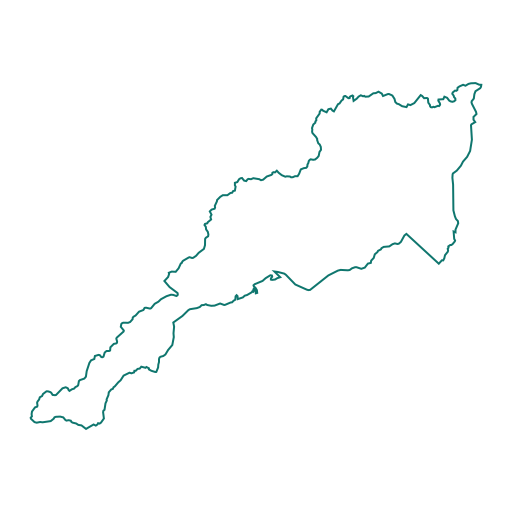 Lugari, Western, Kenya (Mercator projection)
{"feature_id": "3690345B14512896386362", "entity_name": "Lugari", "entity_type": "district", "adm_level": 2, "iso_a3": "KEN", "parent_name": "Kenya", "parent_adm1": "Western", "projection": "mercator", "projection_center": [34.875, 0.621], "detail": "fine", "context": "isolated", "style": "outline", "palette": "teal", "viewbox_px": 512, "rotation_deg": 0, "n_neighbors": 0, "source": "geoboundaries", "source_scale": "gbopen_adm2", "svg_char_len": 5987}
<svg xmlns="http://www.w3.org/2000/svg" viewBox="0 0 512 512"><path d="M481.3,84.8L479.2,84.7L475.6,83.1L470.9,83.3L468.5,83.9L465.5,85.7L463.1,84.8L459.5,86.4L457.6,87.7L457.3,90.1L456.3,90.8L455.0,90.6L452.7,92.5L452.3,93.8L453.7,95.7L454.0,97.0L455.3,98.5L455.4,100.2L454.1,101.3L452.4,101.8L450.6,101.4L449.2,100.6L447.1,97.8L444.4,96.7L443.3,99.2L438.5,99.5L438.3,100.7L439.9,103.3L440.1,104.6L439.7,105.4L439.0,106.1L438.0,105.8L434.5,107.2L433.4,106.8L432.0,107.4L430.7,107.1L430.0,106.0L429.9,104.9L428.3,102.7L427.9,98.6L427.0,98.0L424.1,98.2L422.2,96.0L420.7,95.1L414.3,103.1L410.4,105.1L408.0,104.4L406.5,107.1L402.1,106.2L398.9,104.2L396.9,103.6L395.3,102.0L394.5,98.9L392.4,95.6L391.5,95.1L388.9,94.0L387.8,94.1L383.0,96.0L381.8,93.6L378.5,91.7L375.7,93.1L373.3,93.3L368.7,96.5L365.3,96.7L364.2,95.9L363.1,96.3L360.8,95.3L358.6,96.6L356.7,98.7L353.6,100.9L353.0,97.4L353.3,96.2L352.5,95.5L350.5,96.3L349.8,96.9L349.6,98.1L348.4,98.2L345.4,96.0L344.4,96.1L343.6,96.7L343.1,99.4L341.6,100.5L339.5,103.5L338.0,104.2L333.9,111.4L332.5,110.6L330.9,108.6L328.4,109.2L326.6,112.3L323.0,110.7L322.3,109.8L321.3,109.6L319.7,111.8L319.6,113.6L316.2,118.3L316.3,120.4L315.4,121.4L315.3,122.7L313.3,124.5L312.0,128.1L312.3,129.4L312.1,131.8L312.5,133.1L316.1,137.1L317.2,139.0L317.1,139.9L318.3,143.3L319.7,144.5L320.8,146.9L321.0,149.8L319.5,151.9L318.7,155.9L317.3,157.7L315.1,159.5L313.2,159.8L310.7,159.3L309.7,159.9L308.8,161.0L308.2,163.4L307.5,164.4L307.3,166.5L306.3,167.8L303.7,168.2L300.8,169.4L299.1,173.8L297.6,176.2L295.0,176.2L292.8,177.2L291.1,177.3L289.9,176.5L286.8,176.3L285.3,176.7L281.8,175.2L278.7,172.8L276.8,170.7L275.0,172.4L273.4,172.2L272.4,172.8L272.3,174.1L271.4,174.9L266.8,176.5L263.1,179.7L261.0,180.2L259.3,179.2L253.3,178.2L251.0,179.2L248.5,178.9L247.6,179.3L246.2,181.1L244.1,180.6L242.0,178.0L240.5,178.3L239.1,179.2L237.3,182.1L234.9,182.8L234.9,185.3L235.6,186.6L234.9,190.6L233.1,191.1L232.2,192.7L230.4,193.0L227.4,195.2L222.8,195.2L220.3,196.8L217.1,200.0L216.9,201.4L214.8,205.9L215.1,207.4L214.6,208.7L211.6,209.6L209.8,211.4L211.5,214.7L210.4,216.9L211.1,219.5L207.8,222.2L207.3,223.3L205.0,223.9L204.5,225.0L205.8,226.8L206.1,229.4L207.8,231.8L208.4,234.5L208.1,236.3L205.8,237.8L205.1,239.0L205.0,245.2L203.9,248.9L198.7,252.8L196.1,255.8L193.2,257.8L192.1,258.0L189.6,257.2L188.7,257.5L183.2,260.7L182.3,261.6L181.9,262.8L180.8,263.5L178.6,268.3L175.7,271.8L171.7,271.6L168.8,272.8L169.1,274.0L168.1,277.0L164.4,281.0L169.6,287.1L177.5,293.0L177.8,294.2L177.5,295.3L176.4,296.0L173.2,294.9L171.0,294.7L166.5,296.2L161.0,299.2L158.4,301.7L154.7,303.8L151.1,308.2L150.0,308.6L146.0,307.7L144.6,307.9L143.4,310.0L139.0,311.7L135.6,315.5L133.4,316.8L132.7,317.8L132.6,319.2L130.1,322.0L128.1,322.8L123.3,322.7L122.2,323.1L121.3,324.0L120.8,326.8L123.8,330.5L123.6,331.5L116.7,337.7L116.3,338.7L117.1,341.5L117.0,342.7L116.3,343.4L113.8,343.9L110.4,347.3L110.1,350.5L109.1,351.0L106.6,351.0L105.5,351.8L104.6,352.8L103.5,356.6L102.6,357.2L101.4,357.1L99.7,355.1L98.5,354.9L94.9,356.0L94.3,359.0L91.1,360.3L89.4,362.9L86.7,371.1L85.9,376.7L84.3,378.6L79.9,380.1L78.9,381.1L78.2,385.1L77.4,386.1L75.4,387.1L74.1,388.6L71.9,389.3L69.5,390.9L68.7,390.2L67.9,388.4L66.5,387.6L65.6,387.3L62.5,388.3L56.0,395.0L55.0,395.2L52.6,394.9L51.2,392.7L50.1,392.0L47.8,391.3L46.5,391.3L43.0,394.0L42.1,396.0L39.8,397.3L39.1,399.5L37.5,401.6L37.1,402.8L37.5,405.4L37.2,406.6L35.0,407.4L32.0,411.5L31.6,414.1L31.9,416.4L30.7,417.7L30.9,418.7L34.5,422.1L36.7,422.7L40.1,422.0L42.6,422.3L50.7,421.1L53.7,418.7L54.5,417.3L55.9,416.8L60.2,416.6L63.3,417.4L65.3,419.9L66.4,420.6L68.7,420.2L70.8,420.7L71.4,421.9L72.5,422.6L76.2,423.5L78.3,424.9L81.5,425.4L86.0,428.9L93.6,424.5L95.8,425.6L97.5,424.4L98.1,423.2L99.6,423.6L101.0,422.6L103.9,418.5L103.1,412.2L103.4,410.7L104.5,409.8L105.5,403.3L106.8,400.5L106.6,399.4L108.4,395.2L108.8,392.3L111.2,389.5L112.9,388.8L113.5,387.3L114.8,386.4L118.3,382.3L120.6,380.3L123.6,375.6L129.5,372.7L131.4,373.3L134.1,372.4L134.4,370.8L135.7,370.8L137.6,368.9L139.7,368.6L141.3,366.7L145.5,367.8L146.4,367.0L148.9,368.3L148.9,369.4L151.4,370.8L155.3,372.0L156.3,371.9L158.1,367.5L158.3,364.6L159.0,362.0L159.0,359.1L159.5,357.6L160.4,356.8L163.3,356.0L165.4,354.5L168.1,350.0L172.3,345.0L173.8,337.1L173.5,333.3L174.1,326.7L173.3,322.5L182.4,316.0L188.4,310.1L190.0,309.2L196.9,308.1L199.8,307.0L201.6,305.2L203.9,305.0L205.9,304.2L207.2,305.0L211.3,305.8L214.6,305.6L220.1,303.5L224.2,305.0L225.2,304.8L230.6,302.5L232.1,302.3L233.6,300.7L235.3,299.7L235.6,296.3L236.6,295.2L237.5,296.1L237.8,299.1L242.9,297.4L244.7,295.7L247.1,295.0L251.7,292.3L252.3,291.4L253.2,291.8L253.7,290.9L253.3,289.9L253.7,288.8L254.6,288.9L255.5,291.0L255.8,293.3L257.2,292.9L256.9,290.2L255.4,287.7L253.9,286.5L253.5,285.3L254.7,284.2L262.6,280.9L265.6,278.2L270.3,275.3L271.9,275.5L272.2,276.7L270.9,278.4L270.9,279.6L272.1,279.9L275.1,279.5L277.2,278.2L280.2,277.2L274.4,271.5L278.0,272.0L284.2,273.6L285.8,274.7L295.3,284.5L306.9,289.7L308.4,290.1L310.1,289.9L328.4,275.4L337.9,270.6L340.6,269.9L347.9,270.3L349.7,270.0L352.0,268.3L355.1,267.2L356.5,267.2L361.3,268.8L364.8,267.6L367.9,263.6L370.8,262.9L371.2,260.6L373.7,258.0L374.8,254.3L377.4,252.1L378.1,250.8L380.9,249.4L381.5,248.2L383.7,246.9L389.3,246.4L392.5,244.2L394.9,243.4L397.5,244.0L398.8,243.7L400.9,241.9L404.4,235.5L406.4,233.9L438.8,263.7L441.9,260.3L443.2,260.4L444.3,258.3L445.0,255.2L447.8,251.7L448.1,250.3L447.7,248.8L448.5,247.7L448.3,246.4L450.3,245.0L451.3,245.0L452.5,244.2L454.8,241.4L455.1,240.5L454.2,238.9L453.6,231.5L455.5,232.3L455.5,229.6L458.2,223.3L457.9,221.1L456.0,219.0L454.9,216.3L453.4,210.4L453.1,184.7L452.4,177.8L452.6,174.5L452.9,173.5L456.8,170.6L460.9,165.7L463.0,161.6L467.1,156.9L470.1,151.0L471.9,139.7L471.0,125.2L471.5,124.3L475.2,122.1L473.5,119.7L473.5,116.9L476.5,114.0L476.0,111.8L472.0,104.0L471.5,102.5L471.7,101.2L473.8,98.6L474.4,94.1L475.5,91.2L480.2,88.2L481.0,86.8L481.3,84.8Z" fill="none" stroke="#0f766e" stroke-width="2"/></svg>